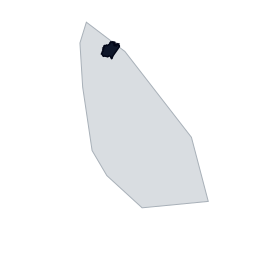 Marquis Estate, Dauphin, Saint Lucia (highlighted), rotated 320°
{"feature_id": "8701671B42547396516194", "entity_name": "Marquis Estate", "entity_type": "district", "adm_level": 2, "iso_a3": "LCA", "parent_name": "Saint Lucia", "parent_adm1": "Dauphin", "projection": "robinson", "projection_center": [-60.9, 14.029], "detail": "fine", "context": "in_parent", "style": "filled", "palette": "ink", "viewbox_px": 256, "rotation_deg": 320, "n_neighbors": 0, "source": "geoboundaries", "source_scale": "gbopen_adm2", "svg_char_len": 2887}
<svg xmlns="http://www.w3.org/2000/svg" viewBox="0 0 256 256"><g transform="rotate(320 128 128)"><path d="M170.6,175.9L142.3,235.8L87.5,198.2L81.2,150.9L86.0,122.2L119.6,67.5L145.8,32.0L164.1,20.2L174.8,67.4L170.6,175.9Z" fill="#d9dde1" stroke="#a8b0b8" stroke-width="1"/><path d="M158.2,60.4L158.7,60.4L158.8,60.4L159.0,60.6L159.4,60.6L159.7,60.6L159.8,60.6L160.0,60.6L160.2,60.9L160.3,61.1L160.5,62.0L160.3,62.8L160.1,63.2L160.1,63.6L160.0,63.8L160.0,64.0L160.0,64.3L160.0,64.2L160.0,64.3L160.3,64.4L160.5,64.4L160.9,64.2L161.0,64.1L161.3,63.9L161.5,63.7L163.4,62.9L169.5,61.3L171.7,60.7L172.7,60.3L172.8,60.3L173.1,60.3L173.3,60.3L173.4,60.2L173.5,60.2L173.8,60.0L173.9,59.8L173.9,59.7L174.0,59.6L174.2,59.4L174.3,59.3L174.3,59.2L174.1,58.9L173.9,58.6L174.0,58.6L174.3,58.5L174.5,58.4L174.5,58.2L174.5,57.7L174.4,57.6L174.5,57.5L174.5,57.4L174.4,57.3L174.5,57.3L174.4,57.2L174.5,57.2L174.4,57.1L174.3,56.8L174.2,56.8L173.9,56.9L173.7,56.8L173.3,56.8L173.3,56.7L173.2,56.8L173.1,56.7L172.9,56.7L173.0,56.7L172.9,56.6L172.7,56.5L172.8,56.5L172.6,56.4L172.4,56.4L172.4,56.5L172.2,56.6L172.3,56.7L172.3,56.8L172.2,56.8L172.3,57.0L172.2,57.0L171.9,57.0L171.7,57.4L171.5,57.1L171.4,57.0L171.5,57.0L171.5,56.9L171.5,56.7L171.4,56.6L171.4,56.4L171.3,56.2L171.2,56.2L170.8,56.2L170.6,56.2L170.5,55.8L170.4,55.6L170.4,55.4L170.5,55.3L170.6,55.2L170.8,55.1L171.0,55.1L171.1,54.9L171.3,54.9L171.5,54.9L171.4,54.8L171.5,54.7L171.8,54.5L172.0,54.5L172.1,54.4L172.3,54.4L172.6,54.5L172.3,54.4L172.5,54.4L172.8,54.2L172.8,54.3L172.8,54.2L173.0,54.1L173.0,53.9L172.9,53.9L172.9,54.0L172.9,53.9L172.7,53.9L172.5,53.7L172.4,53.7L172.4,53.8L172.3,53.7L172.2,53.7L172.0,53.4L171.9,53.4L172.0,53.3L172.0,53.2L171.9,53.0L172.0,53.0L171.9,53.0L172.0,52.9L172.0,52.7L171.9,52.4L171.7,52.4L171.4,52.1L171.5,52.1L171.4,52.0L171.3,51.9L171.1,51.8L171.1,51.7L170.9,51.7L170.7,51.5L170.4,51.4L170.2,51.3L170.0,51.0L169.9,51.1L169.7,51.1L169.7,51.3L169.1,51.1L168.9,51.4L168.7,51.5L168.5,51.8L168.4,51.8L168.2,51.8L168.1,51.7L167.9,51.8L167.7,51.9L167.3,51.8L167.1,51.9L166.9,51.8L166.8,51.7L166.7,51.7L166.0,51.7L165.8,51.6L165.7,51.5L165.3,51.6L165.1,51.6L164.9,51.1L164.8,50.8L164.8,50.7L164.7,50.5L164.4,50.6L164.1,50.6L163.9,50.6L163.7,50.5L163.3,50.2L163.1,50.1L163.1,49.9L163.0,49.7L162.6,49.7L162.4,49.7L162.2,50.0L161.8,50.2L161.6,50.2L161.5,50.3L161.2,50.7L161.2,50.8L161.1,50.7L160.8,50.6L160.3,50.6L160.4,50.9L160.4,51.0L160.2,51.3L159.9,51.5L159.7,51.5L159.5,51.8L159.5,52.0L159.3,51.9L159.1,51.8L158.8,51.9L158.7,52.0L158.8,52.2L158.7,52.4L158.5,52.8L158.4,52.9L158.2,53.2L157.9,53.1L157.4,53.2L157.2,53.1L156.9,53.3L156.6,53.5L156.4,53.7L156.1,53.8L155.8,53.9L155.7,54.0L155.3,54.2L155.4,54.4L155.5,54.5L155.4,54.8L155.4,55.7L155.3,56.0L155.2,56.3L155.2,57.0L155.3,57.3L155.5,57.5L156.0,57.6L156.6,58.2L157.6,59.5L158.1,60.1L158.2,60.4Z" fill="#0f172a" stroke="#020617" stroke-width="1.5"/></g></svg>